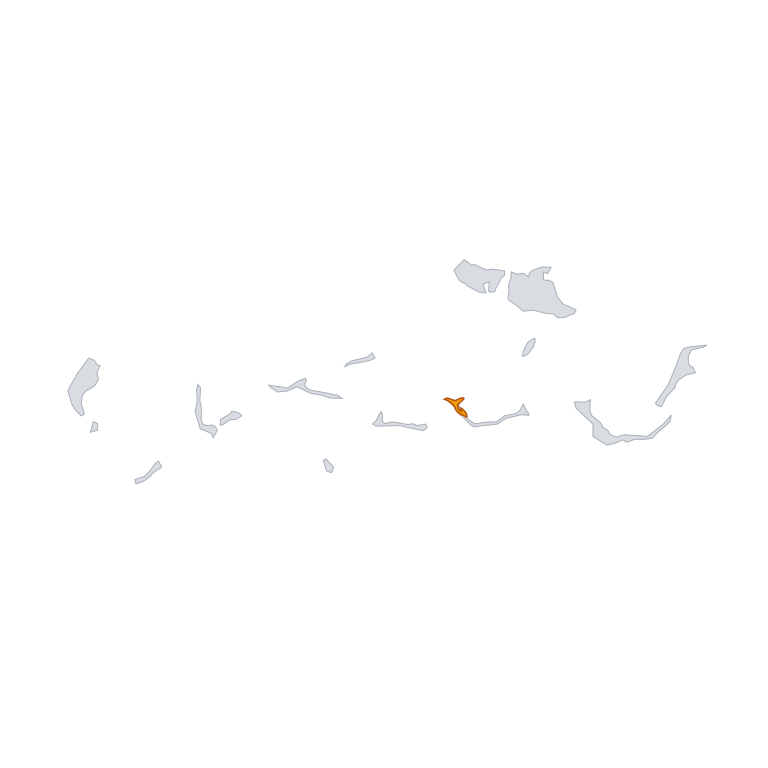 where South Eleuthera sits in The Bahamas, rotated 129°
{"feature_id": "BHS-5029", "entity_name": "South Eleuthera", "entity_type": "District", "adm_level": 1, "iso_a3": "BHS", "parent_name": "The Bahamas", "parent_adm1": "", "projection": "albers", "projection_center": [-76.202, 24.817], "detail": "fine", "context": "in_parent", "style": "filled", "palette": "amber", "viewbox_px": 768, "rotation_deg": 129, "n_neighbors": 0, "source": "natural_earth", "source_scale": "10m", "svg_char_len": 3967}
<svg xmlns="http://www.w3.org/2000/svg" viewBox="0 0 768 768"><g transform="rotate(129 384 384)"><path d="M239.8,321.6L239.6,331.6L240.3,339.0L239.5,341.6L231.4,346.5L229.2,349.3L221.6,352.0L216.9,355.8L214.7,349.4L210.3,345.5L209.6,338.8L206.2,341.0L201.2,339.6L193.2,334.4L188.2,327.5L195.4,326.4L196.8,330.7L202.6,325.5L201.3,322.8L200.3,322.4L198.5,317.2L207.2,304.0L209.2,295.4L205.5,281.4L209.2,280.6L218.7,285.6L223.0,290.4L223.0,297.0L227.0,302.1L232.7,314.4L239.8,321.6ZM245.9,359.3L246.0,361.2L238.5,366.3L243.8,370.0L249.0,362.0L253.0,368.6L255.1,380.9L254.7,383.0L255.0,384.8L255.8,387.2L256.0,390.6L251.7,401.2L236.9,400.0L236.7,391.0L234.4,389.2L231.1,376.3L226.5,372.1L220.2,361.4L224.0,358.7L228.9,359.7L231.5,358.5L238.4,357.5L242.6,356.1L245.9,359.3ZM598.4,607.9L596.1,613.9L588.2,625.6L570.1,628.8L550.1,629.8L548.5,626.7L548.0,623.9L549.4,619.6L549.3,617.9L548.4,616.2L555.7,614.2L560.3,608.8L567.9,607.8L577.4,611.3L582.5,611.3L589.9,607.0L595.7,598.0L599.3,599.1L598.4,607.9ZM279.2,223.7L277.7,224.4L271.3,216.1L266.2,213.7L274.3,208.0L277.8,203.0L277.8,192.1L279.8,186.2L279.2,181.0L281.0,175.7L278.7,169.8L272.0,165.0L258.9,146.2L238.0,141.5L227.2,141.2L233.2,138.2L238.7,138.7L247.1,140.5L257.3,141.5L263.4,147.1L269.2,154.4L274.6,157.4L276.8,159.3L276.5,161.4L277.4,163.4L284.3,166.9L291.3,172.4L293.3,188.6L283.7,196.2L281.8,219.5L279.2,223.7ZM186.8,154.9L195.6,157.6L200.4,157.3L203.3,155.7L216.4,156.5L227.0,154.2L228.6,158.6L228.3,160.9L205.6,162.7L184.8,168.8L173.4,172.9L168.0,173.3L164.0,170.9L150.5,157.5L154.2,158.8L164.1,166.5L170.4,165.3L176.4,160.4L177.3,156.7L176.5,154.9L179.2,149.1L186.8,154.9ZM321.7,258.2L333.9,267.5L344.3,271.0L355.6,282.6L360.5,286.7L361.3,290.5L359.4,307.6L356.9,318.0L357.3,327.0L354.6,324.3L351.9,318.4L347.5,315.0L346.1,313.2L354.0,312.8L354.7,303.5L358.5,296.1L357.9,288.4L348.7,280.0L342.4,272.6L332.7,270.2L323.8,262.7L318.5,261.8L311.9,263.1L314.3,258.7L316.0,252.9L317.2,251.8L321.7,258.2ZM457.9,470.6L457.4,472.7L447.7,456.4L435.7,452.5L428.8,448.6L430.2,446.3L434.9,445.3L435.7,440.1L433.6,434.5L427.2,423.2L423.6,415.6L422.0,413.8L421.5,407.4L429.0,417.3L432.2,426.1L437.3,434.8L440.8,449.7L450.4,454.8L457.4,461.9L457.9,470.6ZM506.7,525.8L501.4,528.4L502.5,524.1L512.6,516.8L518.2,510.3L521.3,508.0L522.5,506.3L526.9,503.9L529.1,499.7L528.4,496.4L523.6,491.0L523.6,487.1L525.2,484.4L533.1,483.0L531.1,487.1L534.4,498.8L524.1,513.5L515.2,518.1L506.7,525.8ZM421.8,363.7L422.3,367.9L417.3,367.1L409.9,368.7L407.2,368.8L408.9,365.9L414.0,362.0L414.2,358.4L407.8,353.1L400.4,339.9L396.9,336.8L395.2,331.8L389.0,326.5L390.3,323.7L391.6,323.0L395.8,324.4L405.3,343.3L406.0,345.1L421.8,363.7ZM594.9,506.5L599.7,507.6L602.2,507.4L611.0,509.7L616.3,512.9L617.5,514.3L614.8,517.4L606.6,511.9L599.6,511.3L589.8,511.7L585.9,510.7L588.3,504.5L594.9,506.5ZM517.4,483.8L519.1,485.3L514.3,488.7L503.4,484.7L500.9,485.1L498.7,480.8L497.8,477.6L498.3,474.6L504.8,476.8L508.4,481.0L517.4,483.8ZM269.6,296.7L261.2,298.4L255.2,296.6L253.7,295.3L256.3,293.0L261.9,291.2L271.0,291.1L275.0,293.3L275.5,294.3L269.6,296.7ZM395.3,425.4L392.2,425.9L386.6,423.8L373.4,413.8L367.3,412.9L369.3,407.3L373.9,409.3L384.5,417.9L388.6,422.2L395.3,425.4ZM487.7,373.9L481.9,382.9L478.7,382.1L480.4,370.9L484.5,369.1L486.1,369.2L487.7,373.9ZM606.3,581.9L596.2,586.2L595.0,581.5L600.1,577.5L606.3,581.9Z" fill="#d9dde1" stroke="#a8b0b8" stroke-width="1"/><path d="M358.4,299.8L358.1,301.3L358.5,302.8L359.4,304.9L359.7,306.3L359.4,310.2L359.0,311.8L357.3,314.7L356.9,315.8L356.7,321.6L356.9,324.7L357.9,327.4L355.4,326.3L354.1,323.7L353.3,320.7L352.3,318.4L351.0,317.5L347.8,316.1L346.4,315.3L344.8,313.4L345.0,312.7L346.2,312.6L353.6,313.8L354.0,313.6L354.4,313.1L354.7,312.5L355.1,311.9L356.3,310.7L356.7,309.9L356.9,308.8L356.8,306.9L356.2,307.3L355.3,308.6L354.6,309.4L354.1,308.5L354.2,306.4L354.8,302.6L355.2,301.2L355.5,300.9L355.9,300.4L357.2,299.2L358.4,299.8Z" fill="#f59e0b" stroke="#b45309" stroke-width="1.5"/></g></svg>